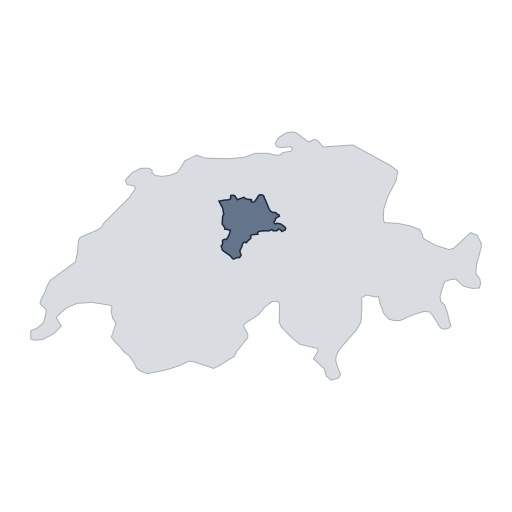 location of Lucerne within Switzerland
{"feature_id": "CHE-163", "entity_name": "Lucerne", "entity_type": "Canton", "adm_level": 1, "iso_a3": "CHE", "parent_name": "Switzerland", "parent_adm1": "", "projection": "natural_earth1", "projection_center": [8.13, 47.03], "detail": "fine", "context": "in_parent", "style": "filled", "palette": "slate", "viewbox_px": 512, "rotation_deg": 0, "n_neighbors": 0, "source": "natural_earth", "source_scale": "10m", "svg_char_len": 4619}
<svg xmlns="http://www.w3.org/2000/svg" viewBox="0 0 512 512"><path d="M387.5,163.9L390.5,165.5L397.7,171.1L396.1,180.7L388.0,196.1L383.8,208.6L383.3,218.2L384.2,222.7L385.7,222.6L393.5,223.3L397.4,223.3L410.0,225.9L420.1,229.7L422.0,233.7L423.4,238.6L435.4,245.3L449.1,249.6L453.8,248.2L470.6,232.6L477.2,235.2L481.3,243.5L481.1,247.9L476.6,264.5L475.9,273.4L480.0,279.3L480.5,283.9L479.3,288.0L472.5,288.4L463.4,286.2L455.6,279.0L449.8,279.8L444.7,281.7L442.2,288.5L440.0,296.6L440.7,301.1L444.4,304.6L447.3,312.0L449.4,321.5L451.0,325.9L449.3,327.9L444.5,329.2L440.5,327.9L433.4,316.5L430.1,312.1L424.6,311.3L414.9,314.1L400.0,320.5L394.0,320.5L388.9,319.2L384.0,313.8L379.9,303.3L378.6,296.7L375.7,296.9L366.2,295.0L361.7,297.6L361.8,308.3L361.0,321.7L356.2,330.3L342.9,345.3L338.0,351.8L336.1,356.5L335.7,360.5L337.8,367.6L340.6,374.3L338.3,378.1L331.2,380.1L326.2,376.0L324.3,368.8L313.5,358.8L318.3,350.6L317.5,348.5L299.7,344.2L292.0,337.9L281.2,326.9L279.2,322.2L279.6,306.9L279.0,303.1L277.6,301.3L272.3,301.5L265.1,306.8L258.4,314.7L244.7,323.7L243.3,325.6L247.9,334.4L247.7,337.8L236.5,351.7L234.4,356.3L220.2,365.1L213.7,368.4L194.0,361.9L188.5,361.2L179.8,365.5L167.3,369.6L147.2,373.7L139.8,370.7L136.4,367.9L134.6,363.6L129.6,356.2L123.9,351.7L120.0,346.9L114.8,341.6L111.4,337.2L116.0,323.2L112.7,318.2L111.1,311.2L112.0,306.4L110.2,305.2L92.1,302.4L77.1,303.3L66.3,308.0L57.5,315.8L56.4,317.5L56.9,318.9L61.3,326.1L53.8,333.7L42.4,339.6L34.3,340.2L30.8,339.0L30.7,330.9L37.4,327.9L43.5,322.6L45.5,315.2L46.3,309.9L40.0,303.6L40.9,299.7L44.8,292.4L47.2,285.9L50.3,280.3L62.9,271.1L75.5,261.8L77.5,252.0L78.5,240.1L80.3,237.2L97.3,230.1L101.5,227.3L103.7,223.2L117.0,209.8L130.2,196.6L132.9,192.1L135.1,189.5L135.1,187.4L133.5,185.7L127.2,184.6L125.2,180.4L132.0,172.9L140.5,168.3L148.8,168.2L152.1,170.3L151.9,172.8L155.5,175.5L161.7,176.4L169.5,175.5L177.2,172.6L181.9,166.0L184.7,160.9L196.8,155.1L205.0,158.1L227.9,158.8L244.5,157.3L255.0,153.3L267.9,153.3L276.6,155.5L278.1,155.2L280.5,154.7L282.9,152.6L291.0,151.2L292.1,149.4L291.8,147.6L290.3,146.7L280.3,147.6L276.4,146.2L275.4,143.1L278.7,137.5L286.1,133.0L292.3,131.9L296.8,133.1L307.9,141.5L310.5,141.7L312.1,140.2L314.3,139.4L318.2,141.0L322.5,146.2L323.2,147.0L347.8,145.2L353.3,145.2L370.0,154.4L387.5,163.9Z" fill="#d9dde1" stroke="#a8b0b8" stroke-width="1"/><path d="M275.7,212.5L277.0,214.2L277.8,214.4L278.3,214.6L278.7,214.7L278.9,214.8L279.4,216.2L276.4,217.8L275.8,218.3L275.5,218.7L275.4,219.2L275.4,219.9L275.2,220.3L274.9,220.8L274.0,221.6L273.8,222.0L274.0,222.7L274.5,223.3L275.6,223.9L277.2,223.2L281.2,224.2L285.0,227.2L285.4,227.7L285.7,228.3L285.4,229.3L285.1,230.0L281.7,231.5L281.2,230.6L279.8,229.4L278.4,229.2L277.5,229.9L277.4,230.5L276.4,230.8L273.1,230.8L273.0,230.6L272.9,230.5L272.9,230.2L271.8,229.6L270.3,230.3L268.1,231.0L266.9,230.8L265.7,230.7L264.4,230.9L262.0,230.9L260.3,231.2L258.3,231.8L257.8,232.1L257.5,232.8L257.4,233.3L257.9,234.2L252.3,234.7L250.6,235.7L250.4,236.0L250.8,237.1L250.9,237.8L250.7,238.4L248.7,240.1L246.3,242.7L245.9,242.8L245.7,242.7L245.5,242.4L245.3,242.2L245.0,242.2L244.4,242.2L244.0,242.4L243.5,242.7L242.8,243.6L242.5,244.2L242.1,245.2L241.7,247.0L240.0,250.5L239.8,251.1L240.1,252.5L240.6,253.4L241.1,255.4L239.5,257.6L237.4,257.5L235.7,258.1L234.2,258.9L233.4,259.0L232.8,258.8L231.5,257.4L230.3,255.8L223.7,251.2L222.1,249.7L222.1,248.7L221.2,246.2L221.3,245.6L222.3,244.8L222.6,244.1L222.7,243.1L222.5,241.6L222.5,240.8L222.6,240.3L223.0,240.0L223.9,239.7L224.6,239.3L224.9,239.3L225.7,239.4L226.2,239.4L226.7,239.1L227.0,238.6L227.2,238.1L227.4,237.8L227.9,237.5L228.1,237.2L228.2,236.8L228.3,236.0L228.5,235.7L228.8,235.3L229.1,234.9L229.4,233.8L229.7,233.2L230.4,230.3L228.2,229.9L227.5,229.4L224.8,229.2L224.5,227.1L224.0,226.6L223.3,225.5L222.4,224.5L222.2,223.6L222.2,222.8L222.5,220.2L222.5,217.7L222.7,216.4L223.0,215.5L223.8,214.3L223.0,210.4L222.9,209.1L222.6,208.1L222.1,207.0L221.6,206.3L219.0,201.1L225.2,200.0L227.5,200.0L230.0,199.2L230.4,198.9L230.5,198.8L230.6,198.7L230.7,198.4L230.7,198.0L230.6,196.9L230.6,195.9L230.7,195.5L230.8,195.4L231.3,195.3L233.4,195.3L234.9,195.8L237.2,199.7L244.1,197.3L245.6,198.7L247.6,199.3L250.3,199.4L251.2,199.7L251.5,199.9L250.7,200.1L250.6,200.3L250.8,200.7L250.9,201.1L251.1,201.3L251.5,201.6L251.9,201.9L252.6,202.2L253.5,202.1L255.1,201.0L257.4,197.5L257.9,196.5L259.5,194.8L261.2,194.7L262.9,195.3L263.5,195.7L264.0,196.5L264.3,197.7L264.7,198.8L265.5,200.2L268.9,208.5L269.2,209.2L270.3,210.7L271.0,211.4L271.6,211.9L272.8,212.4L275.7,212.5L275.7,212.5Z" fill="#64748b" stroke="#1e293b" stroke-width="1.5"/></svg>